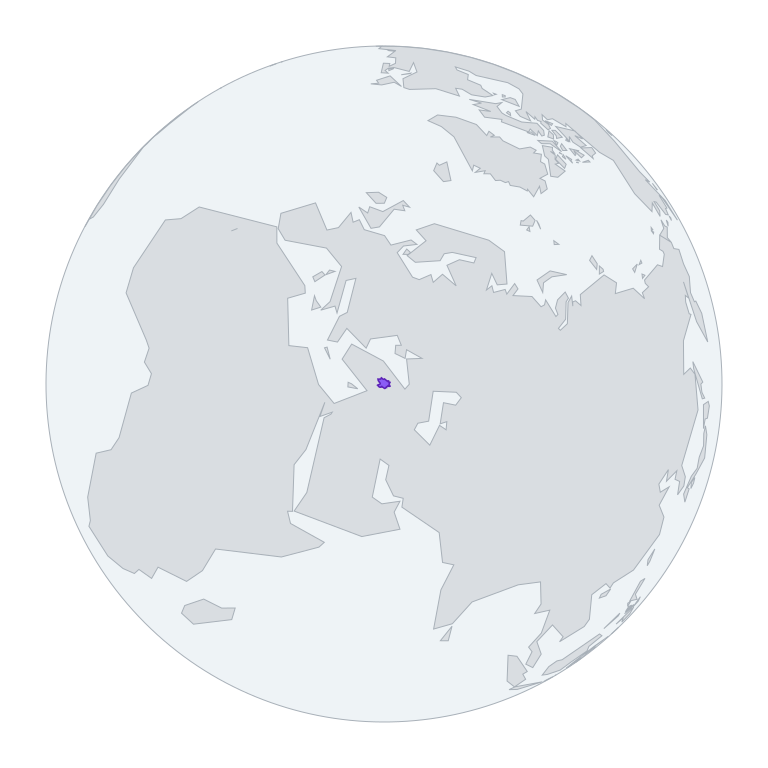 the Earth from above Sivas, rotated 48°
{"feature_id": "TUR-2295", "entity_name": "Sivas", "entity_type": "Province", "adm_level": 1, "iso_a3": "TUR", "parent_name": "Turkey", "parent_adm1": "", "projection": "orthographic", "projection_center": [37.51, 39.556], "detail": "fine", "context": "on_globe", "style": "filled", "palette": "violet", "viewbox_px": 768, "rotation_deg": 48, "n_neighbors": 0, "source": "natural_earth", "source_scale": "10m", "svg_char_len": 12318}
<svg xmlns="http://www.w3.org/2000/svg" viewBox="0 0 768 768"><g transform="rotate(48 384 384)"><circle cx="384" cy="384" r="338" fill="#eef3f6" stroke="#a8b0b8"/><path d="M308.9,54.5L309.4,54.4L321.5,52.0L328.6,50.8L357.9,50.3L397.3,52.0L411.8,51.4L407.0,53.1L435.9,52.3L458.6,56.3L431.6,52.7L427.8,53.3L442.6,56.0L441.9,57.3L448.6,59.6L446.5,61.2L430.9,60.0L429.2,61.2L439.7,63.2L444.2,66.7L429.0,63.5L435.2,69.5L410.3,70.4L371.3,63.9L356.0,68.8L312.1,74.6L314.6,76.6L299.6,81.3L297.0,85.7L289.6,86.3L293.9,89.5L301.2,88.1L305.5,89.3L304.7,92.0L295.0,93.0L294.1,91.7L290.8,93.5L286.4,93.0L288.1,94.8L276.5,96.2L286.6,99.0L276.2,103.7L268.9,103.5L271.6,98.0L261.4,86.7L254.9,86.2L242.9,90.4L216.4,109.1L208.4,111.5L196.1,118.8L199.5,119.6L210.4,114.3L213.8,118.3L226.7,112.2L230.0,113.3L242.5,110.1L238.4,116.8L227.7,125.4L217.2,128.7L212.2,132.9L220.5,135.3L199.2,147.9L182.2,167.9L177.0,170.9L169.8,165.6L174.2,150.7L164.9,147.0L168.6,156.1L155.4,164.9L152.2,169.6L151.7,173.4L155.8,172.9L150.8,177.8L145.2,169.8L149.7,165.2L151.4,167.5L153.4,160.9L149.5,157.0L143.1,162.6L144.0,153.3L139.5,157.4L137.1,158.2L144.3,152.0L131.4,163.4L131.5,159.5L127.5,164.1L143.7,146.4L161.1,130.0L179.7,114.9L199.2,101.1L219.7,88.7L241.1,77.8L263.1,68.4L285.8,60.7L308.9,54.5ZM49.9,333.4L49.0,339.5L47.1,369.3L46.6,385.5L46.2,389.7L46.9,399.6L46.9,404.3L54.5,443.6L62.8,472.4L65.4,488.2L64.3,492.9L67.0,500.9L59.4,477.9L53.5,454.3L49.3,430.3L46.8,406.2L46.1,381.9L47.1,357.6L49.9,333.4ZM322.5,51.7L331.8,50.2L321.8,51.9L313.8,53.5L322.5,51.7ZM352.0,48.3L347.1,49.0L343.4,48.8L347.3,48.4L352.0,48.3ZM422.3,51.2L414.4,50.3L422.4,50.9L422.3,51.2ZM449.9,59.7L452.4,59.7L454.9,61.0L449.9,59.7ZM243.8,106.7L243.1,108.3L241.2,108.1L243.8,106.7ZM249.9,104.0L248.1,102.5L250.8,101.0L251.8,101.9L249.9,104.0ZM453.8,64.8L456.9,67.3L451.0,64.5L453.8,64.8ZM251.5,106.2L255.6,98.6L260.3,96.1L268.1,97.8L251.5,106.2ZM457.0,68.6L464.8,75.5L471.0,75.7L457.9,79.5L455.6,72.0L447.3,68.3L454.3,69.6L457.0,68.6ZM303.9,86.6L296.1,88.1L303.4,84.5L303.9,86.6ZM307.5,84.1L323.7,72.8L334.8,72.5L327.1,76.0L342.1,74.2L339.5,79.5L330.7,81.8L324.0,80.7L328.1,83.7L307.5,84.1ZM449.3,81.0L448.9,82.7L446.4,80.7L449.3,81.0ZM307.8,89.5L310.1,87.0L319.9,86.4L317.0,91.4L314.8,89.9L307.8,89.5ZM347.3,71.4L354.0,72.2L353.8,76.6L356.4,77.7L340.4,79.7L347.3,71.4ZM312.1,91.4L315.4,94.0L310.0,96.9L306.2,91.9L312.1,91.4ZM323.6,84.3L328.1,84.4L324.6,85.9L323.6,84.3ZM292.7,109.5L295.2,105.9L300.5,105.3L292.7,109.5ZM316.9,94.8L318.8,93.8L321.1,93.3L322.1,95.7L316.9,94.8ZM341.3,82.9L339.8,84.8L347.9,82.2L348.0,85.9L337.3,86.7L342.0,87.9L342.1,89.1L333.3,88.6L341.3,82.9ZM330.2,96.6L316.7,99.7L310.8,106.1L305.9,106.7L316.2,96.4L330.2,96.6ZM332.8,91.9L330.1,94.9L325.4,93.9L324.3,91.2L332.8,91.9ZM352.0,88.2L354.5,82.4L356.8,82.4L352.0,88.2ZM329.4,98.6L332.7,97.8L329.6,99.1L329.4,98.6ZM346.1,91.5L346.7,89.3L349.2,89.4L346.1,91.5ZM338.8,98.4L334.4,99.3L333.6,97.4L338.8,98.4ZM342.9,95.4L346.2,96.1L335.9,96.2L342.7,94.3L342.9,95.4ZM348.4,91.9L350.1,91.3L347.8,92.9L348.4,91.9ZM344.6,105.5L331.8,106.1L329.8,101.7L342.6,101.6L344.6,105.5ZM130.0,492.4L115.8,436.7L125.3,424.2L128.8,402.9L195.5,358.5L207.6,369.3L257.9,377.0L263.8,381.7L255.8,398.2L291.8,429.0L305.9,416.5L340.6,433.0L365.1,434.1L377.6,401.1L337.5,398.5L332.7,381.3L366.5,369.1L401.8,371.9L401.1,365.4L380.5,350.5L390.4,338.6L373.6,344.3L379.1,351.2L368.7,355.4L363.1,349.4L366.8,345.2L356.7,341.6L341.5,363.9L345.4,373.3L317.8,374.4L321.7,390.5L313.5,396.6L303.9,371.8L306.2,363.4L286.7,334.2L281.7,342.9L299.8,371.4L293.3,368.3L286.8,381.6L286.7,369.0L268.3,336.9L244.5,335.8L211.0,361.3L197.8,358.7L188.2,346.4L203.6,313.7L231.4,323.4L237.3,313.2L234.4,293.7L243.1,298.7L245.4,292.4L256.1,295.4L274.1,284.3L285.4,285.9L295.1,267.5L302.3,266.1L294.5,277.2L295.2,286.3L323.7,291.3L330.0,288.0L334.1,275.9L341.4,279.4L341.6,267.1L359.4,264.7L337.9,257.8L342.1,244.8L354.2,236.2L351.7,231.0L331.9,245.2L327.5,252.1L329.9,259.8L314.5,279.3L304.1,280.9L305.7,256.9L291.1,256.9L298.6,239.3L347.3,209.9L366.3,205.9L392.0,225.7L386.1,233.5L373.9,229.9L382.7,245.0L383.2,238.1L389.3,241.3L394.8,230.7L399.4,232.6L396.8,219.7L403.0,220.8L404.6,229.0L418.0,215.5L431.7,215.6L432.6,211.7L429.6,207.6L448.9,211.1L448.7,208.2L442.3,205.8L437.6,198.7L436.9,187.8L443.6,189.5L444.8,193.7L457.4,205.7L459.4,217.2L462.1,217.0L461.9,207.4L446.6,192.7L444.2,185.7L452.5,191.6L449.3,188.9L450.3,186.0L457.5,185.1L448.9,178.3L450.2,147.5L464.4,143.5L471.6,151.6L479.6,134.7L495.0,133.3L489.0,130.9L488.8,122.3L484.0,122.5L481.1,120.8L478.4,101.0L483.1,98.4L475.1,88.9L472.1,87.9L468.2,89.1L457.9,79.5L471.0,75.7L477.3,78.0L481.3,74.8L495.1,81.0L508.4,85.2L521.2,95.1L530.6,98.3L531.0,96.8L544.1,100.6L569.4,115.3L546.9,110.0L508.5,93.1L524.0,100.1L519.8,100.8L525.0,105.0L536.0,110.2L537.7,109.3L552.2,132.5L577.4,154.8L577.1,145.7L584.9,146.4L613.4,168.0L643.8,217.3L654.5,222.1L660.4,229.4L662.8,240.0L654.2,229.5L649.6,231.5L644.4,224.4L645.3,239.2L637.9,229.9L642.3,246.7L649.3,251.1L651.2,240.9L658.2,260.6L670.2,265.0L680.2,280.0L689.2,323.1L685.3,346.6L686.9,352.6L680.9,352.6L679.6,370.6L696.3,388.8L698.2,397.5L693.0,426.0L691.7,420.0L675.8,420.0L677.7,442.8L689.9,447.9L694.3,463.2L687.1,466.1L682.0,453.1L676.3,452.6L674.4,433.8L663.0,412.1L655.4,425.6L652.6,414.5L635.8,400.1L623.0,418.7L604.9,464.4L607.9,493.6L599.3,511.1L575.1,479.5L565.1,453.1L555.8,459.9L531.3,442.4L487.5,453.1L481.8,446.2L473.5,451.8L456.3,446.8L447.8,434.8L437.2,437.1L460.2,468.4L471.6,465.8L481.8,450.6L486.0,462.2L502.6,469.3L482.5,502.6L418.3,535.8L413.0,514.0L369.0,451.1L370.9,443.6L370.7,442.8L370.3,441.3L365.3,453.3L358.0,440.2L380.5,485.9L383.8,504.8L417.4,537.2L414.0,540.8L425.1,546.8L461.7,534.3L461.7,541.5L443.9,576.0L393.9,619.6L401.2,643.8L398.6,662.8L368.9,674.5L373.0,686.8L357.8,690.2L357.8,696.3L346.5,701.4L327.0,704.3L292.3,698.5L289.0,693.6L269.8,679.9L242.8,644.2L250.2,630.8L246.6,616.8L221.7,577.8L227.1,560.3L220.7,549.9L207.4,547.4L200.2,534.6L192.2,531.2L143.7,514.7L130.0,492.4ZM170.4,388.8L168.1,395.0L170.4,388.8ZM438.3,392.1L460.1,390.9L451.9,370.4L459.6,368.5L454.0,362.5L451.2,368.9L437.7,352.3L447.7,344.9L445.9,335.7L438.5,335.8L422.3,352.3L441.5,375.7L435.8,385.1L438.3,392.1ZM55.1,306.4L54.9,307.2L55.0,307.1L55.1,306.4ZM73.9,249.8L71.4,256.2L73.0,251.8L73.9,249.8ZM76.8,243.2L75.9,245.2L76.1,244.7L76.8,243.2ZM155.7,165.4L156.0,166.2L154.4,170.7L153.0,169.7L155.7,165.4ZM160.2,185.6L152.1,193.0L156.9,186.7L153.3,186.3L159.1,173.3L174.6,171.9L166.6,174.5L160.2,185.6ZM171.1,156.5L165.7,164.3L171.0,155.9L171.1,156.5ZM247.2,257.1L249.9,262.8L244.4,269.0L230.0,269.1L237.9,259.7L247.2,257.1ZM255.1,269.5L260.6,246.9L269.7,246.7L263.7,250.5L269.2,252.6L260.9,259.5L264.2,282.3L259.6,289.5L235.6,284.3L246.0,281.7L242.7,276.0L255.1,269.5ZM258.5,196.5L261.0,188.7L277.6,198.1L273.4,204.4L258.7,204.3L255.2,196.8L258.5,196.5ZM264.4,111.5L264.3,109.3L267.0,108.8L269.3,110.3L264.4,111.5ZM293.4,107.9L267.7,121.3L266.3,119.3L253.0,130.7L244.0,129.9L252.9,122.3L236.1,130.7L240.5,123.6L229.5,130.2L250.3,113.5L253.7,108.1L253.4,114.3L261.5,115.0L266.0,113.7L281.4,106.4L292.6,95.9L302.4,95.7L306.4,98.4L305.3,100.8L299.2,100.0L302.0,103.9L292.3,104.7L293.4,107.9ZM347.6,139.9L341.1,136.1L345.0,147.5L335.3,147.0L336.4,148.4L328.6,151.2L320.9,157.3L316.9,156.0L315.6,159.0L310.4,161.2L307.4,165.0L299.0,164.3L294.6,169.1L293.2,166.1L287.8,174.6L288.1,168.1L281.4,170.9L284.7,175.7L247.1,166.6L231.1,169.1L217.7,175.1L219.9,164.2L233.9,152.0L253.0,141.7L268.1,141.4L266.4,136.9L273.0,135.6L271.6,139.7L277.8,132.8L282.9,132.9L300.0,126.0L305.8,116.8L312.1,114.5L312.4,118.2L318.6,113.3L323.5,118.9L328.1,117.4L337.6,121.9L335.5,130.5L340.9,128.4L348.3,132.2L347.6,139.9ZM347.0,106.9L346.7,116.5L341.2,121.1L327.0,111.5L322.1,112.0L312.8,106.8L320.9,100.4L322.8,102.4L326.5,102.9L322.5,104.7L328.5,103.6L331.4,106.5L336.8,106.6L335.2,109.6L347.0,106.9ZM271.9,376.6L276.7,378.6L284.6,379.5L280.6,388.3L271.9,376.6ZM258.9,354.9L263.5,354.9L261.7,366.9L256.7,365.2L258.9,354.9ZM267.5,345.1L263.9,354.0L262.9,348.2L267.5,345.1ZM298.9,276.8L304.0,276.3L303.9,279.3L300.4,283.1L298.9,276.8ZM357.1,176.4L354.3,172.8L356.1,171.5L356.4,162.1L363.5,162.2L366.2,167.9L357.1,176.4ZM370.0,406.7L362.0,412.8L358.7,409.5L362.1,408.0L370.0,406.7ZM318.5,401.6L329.6,407.4L317.3,404.0L318.5,401.6ZM365.0,174.9L364.2,170.9L368.3,173.5L365.0,174.9ZM368.8,161.9L373.8,164.0L364.4,161.1L368.8,161.9ZM457.2,654.8L435.0,686.3L418.8,687.8L415.3,680.3L423.2,661.9L441.9,654.6L450.9,644.5L457.2,654.8ZM713.7,458.0L713.5,458.8L713.8,457.6L713.7,458.0ZM712.7,460.8L714.5,454.4L711.9,464.6L712.7,460.8ZM715.2,451.0L715.0,452.0L715.3,450.8L715.2,451.0ZM711.3,465.5L700.1,489.4L694.8,495.6L696.8,489.1L705.5,475.0L711.3,465.5ZM696.4,489.7L687.1,491.3L668.6,473.3L675.3,467.4L693.5,469.9L692.5,475.0L698.2,476.3L696.4,489.7ZM715.7,431.6L714.5,444.5L709.1,457.0L706.2,461.2L704.3,450.6L705.5,440.8L708.1,436.1L714.0,391.1L716.9,390.5L716.1,407.3L718.2,411.7L715.7,431.6ZM609.5,495.5L617.8,508.1L612.5,513.9L609.5,495.5ZM713.1,365.1L712.9,384.3L712.1,362.0L713.1,365.1ZM710.7,346.6L712.3,351.8L710.0,349.5L710.7,346.6ZM689.9,360.7L687.2,367.2L685.6,363.3L688.0,352.7L689.9,360.7ZM687.8,293.1L693.6,305.0L695.2,310.0L691.2,305.3L687.8,293.1ZM425.0,175.0L416.7,187.5L415.5,197.7L422.2,204.8L409.1,200.7L411.1,184.9L425.0,175.0ZM446.4,150.4L440.4,145.0L445.3,144.4L447.3,145.5L446.4,150.4ZM441.2,149.3L429.7,148.5L427.8,143.6L437.3,145.1L441.2,149.3ZM397.2,160.6L394.3,164.2L391.1,161.9L397.2,160.6ZM719.2,410.4L719.6,415.0L721.0,402.4L719.9,415.1L719.8,421.5L719.1,427.8L719.4,420.4L717.8,435.5L717.0,438.8L717.6,429.4L718.9,412.1L719.6,402.9L721.6,386.1L719.2,410.4ZM721.9,382.3L721.9,379.8L721.7,372.5L721.8,374.1L721.9,382.3ZM720.1,366.6L718.0,363.0L717.7,372.2L716.8,347.6L719.2,355.0L720.1,366.6ZM715.9,350.5L715.7,359.0L714.9,345.9L715.9,350.5ZM714.8,357.1L713.1,351.0L714.1,347.8L714.8,357.1ZM716.3,348.2L713.6,335.8L715.5,340.4L716.3,348.2ZM708.4,337.8L713.3,340.0L709.7,346.6L702.2,325.4L703.1,320.1L708.4,337.8ZM667.0,225.9L662.7,221.3L661.5,215.6L664.8,220.3L667.0,225.9ZM653.5,195.2L659.7,212.7L664.0,227.9L666.1,227.4L673.1,239.5L666.3,235.0L658.2,217.3L656.2,207.7L649.3,198.7L643.8,187.9L634.8,179.5L630.2,173.1L637.7,178.0L653.5,195.2ZM630.9,176.4L613.1,160.4L613.9,154.7L618.0,156.9L625.8,166.5L624.9,168.8L630.9,176.4ZM609.1,155.1L608.0,157.4L579.8,143.6L574.0,139.5L595.9,145.8L596.1,148.6L602.9,153.3L609.1,155.1ZM452.6,83.2L449.2,82.8L451.6,81.9L452.6,83.2ZM478.5,121.2L474.9,118.7L477.8,117.3L478.5,121.2ZM466.7,111.4L466.0,114.6L463.9,110.4L466.7,111.4ZM464.8,122.2L464.3,115.5L468.8,123.0L464.8,122.2Z" fill="#d9dde1" stroke="#a8b0b8" stroke-width="1"/><path d="M386.1,379.0L386.2,378.9L386.2,378.6L386.4,378.5L386.6,378.5L386.8,378.4L387.3,379.7L387.3,380.0L387.4,380.3L387.7,380.4L388.0,380.6L388.3,380.8L388.7,380.6L389.2,380.8L389.7,381.0L389.6,381.3L389.5,381.5L389.3,381.5L389.1,381.5L388.9,381.6L388.7,381.7L388.3,381.5L388.1,381.7L387.9,382.1L387.9,382.3L388.2,382.3L388.6,382.2L388.7,382.3L388.6,382.5L388.4,382.5L388.2,382.8L387.9,383.1L387.9,383.7L387.8,383.9L387.8,384.2L388.0,384.3L388.3,384.5L388.2,384.6L388.0,384.8L387.9,384.9L387.9,385.0L387.9,385.3L388.0,385.4L388.0,385.6L388.0,385.8L388.0,386.0L387.9,386.4L387.5,386.5L387.2,386.7L386.9,386.8L386.6,386.8L386.4,386.8L385.9,386.9L385.8,387.0L385.6,387.1L385.4,387.2L385.3,387.3L384.9,387.4L384.5,387.2L384.3,387.2L384.2,387.5L384.3,388.0L384.4,388.3L384.3,388.5L384.0,388.8L383.8,389.0L383.7,389.0L383.5,389.3L383.2,389.5L381.9,389.7L381.7,389.6L381.1,389.5L380.5,389.6L380.5,389.4L380.6,389.2L380.9,388.5L381.0,388.0L381.1,387.8L381.2,387.6L381.4,387.0L381.2,386.5L380.8,386.3L380.5,386.2L380.0,386.2L379.6,386.3L379.4,386.3L379.2,386.1L378.4,386.0L378.1,386.1L377.6,386.0L377.2,385.7L376.9,385.6L376.8,385.4L376.5,385.3L376.3,385.2L376.5,385.0L376.7,384.9L376.8,384.7L377.1,384.3L377.2,384.1L377.6,383.8L378.0,383.4L378.1,383.0L378.1,382.8L378.1,382.7L377.9,382.6L377.7,382.2L377.6,381.8L378.6,381.6L379.4,381.6L380.0,381.3L380.2,381.2L380.3,380.9L380.4,380.6L380.5,380.2L380.8,380.1L381.4,380.2L381.5,380.1L382.1,379.9L382.5,379.9L382.9,379.9L383.3,379.9L383.5,379.8L383.6,379.6L383.9,379.6L384.1,379.5L384.3,379.1L384.6,378.7L384.8,379.1L385.2,379.4L385.3,379.4L385.6,379.1L386.1,379.0Z" fill="#8b5cf6" stroke="#5b21b6" stroke-width="1.5"/></g></svg>